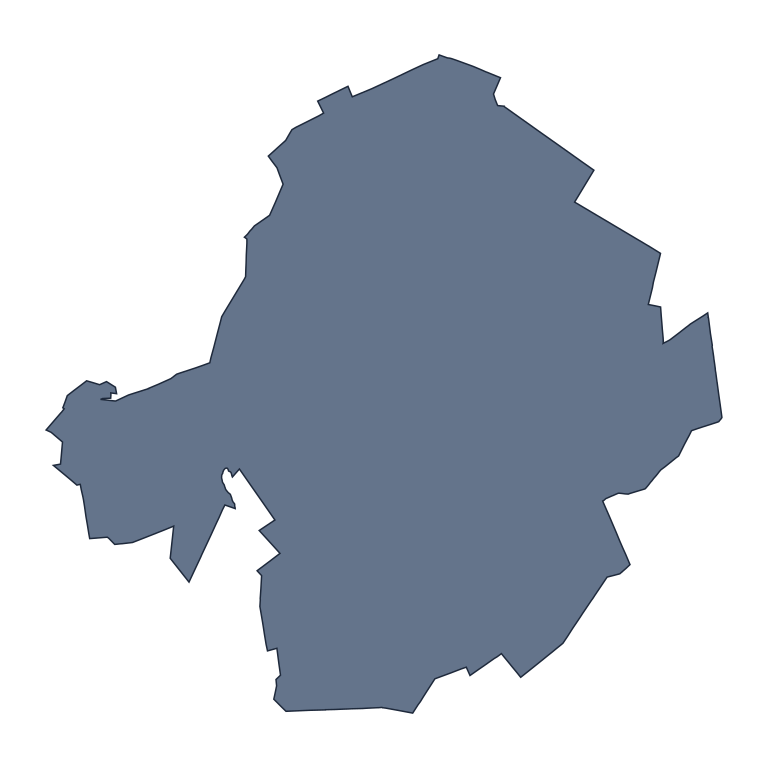 Vectilžas pag., Balvu, Latvia (Albers equal-area conic projection)
{"feature_id": "27541924B22199662205944", "entity_name": "Vectilžas pag.", "entity_type": "district", "adm_level": 2, "iso_a3": "LVA", "parent_name": "Latvia", "parent_adm1": "Balvu", "projection": "albers", "projection_center": [27.36, 56.987], "detail": "fine", "context": "isolated", "style": "filled", "palette": "slate", "viewbox_px": 768, "rotation_deg": 0, "n_neighbors": 0, "source": "geoboundaries", "source_scale": "gbopen_adm2", "svg_char_len": 5599}
<svg xmlns="http://www.w3.org/2000/svg" viewBox="0 0 768 768"><path d="M625.6,554.2L622.7,547.8L619.7,540.9L616.2,532.4L609.8,517.4L602.9,501.6L602.7,501.0L603.6,500.6L604.3,500.0L605.5,498.9L605.8,498.6L607.3,498.0L612.0,495.9L612.9,495.6L613.5,495.3L614.0,495.1L616.0,494.2L618.1,493.3L618.3,493.3L618.5,493.2L618.8,493.2L619.1,493.2L622.1,493.5L625.1,493.9L628.3,494.1L629.8,493.5L637.0,491.3L645.0,488.9L645.5,488.5L647.5,486.2L649.1,484.2L650.6,482.2L651.2,481.6L651.8,480.9L652.8,479.6L653.8,478.3L655.7,476.2L657.5,474.0L659.1,471.9L660.8,469.9L663.6,467.8L665.2,466.6L676.2,457.7L678.6,456.0L684.4,444.4L686.0,441.4L687.5,438.5L688.9,436.0L690.2,433.4L690.8,432.2L691.4,430.9L691.5,430.8L691.6,430.7L691.8,430.6L697.8,428.5L700.6,427.6L703.3,426.7L705.3,426.1L707.4,425.4L709.0,424.9L710.6,424.4L713.3,423.5L716.1,422.6L717.3,422.2L718.4,421.8L718.6,421.7L718.8,421.6L719.7,420.4L720.7,419.3L721.3,418.5L721.9,417.6L721.9,417.4L721.9,417.2L721.2,412.1L720.5,407.0L720.4,406.6L720.4,406.2L718.7,394.3L717.1,382.3L717.0,382.1L717.0,381.9L716.4,377.3L715.8,372.8L715.5,371.2L715.3,369.7L715.3,369.3L715.3,368.9L715.0,366.7L714.7,364.4L714.3,361.6L713.9,358.9L713.7,356.9L713.4,354.8L712.8,350.7L712.1,346.5L712.2,346.0L712.3,345.4L710.4,333.3L710.0,330.0L708.5,318.1L708.1,317.5L708.3,317.3L708.0,315.1L707.7,312.9L703.2,315.9L698.6,318.8L694.5,321.4L690.4,324.0L688.2,325.8L685.9,327.5L682.2,330.4L678.5,333.3L674.7,336.2L670.9,339.1L670.2,339.6L669.5,340.1L666.7,341.6L663.8,343.0L663.6,343.1L663.3,343.3L663.1,343.4L663.2,343.0L663.3,342.7L663.2,341.8L663.2,341.0L663.3,341.0L663.1,337.7L662.8,334.4L662.3,329.0L661.9,323.7L661.2,315.4L660.6,307.0L654.5,305.7L648.3,304.5L652.4,287.9L653.4,282.2L655.9,272.4L659.9,256.0L660.5,253.4L650.9,247.4L631.2,235.7L614.7,225.9L596.0,214.8L574.6,202.1L583.8,186.9L593.9,170.2L582.5,162.2L561.4,147.2L541.6,133.2L520.5,118.2L503.9,106.4L504.0,106.2L497.9,105.6L497.6,105.5L495.2,99.5L493.5,94.0L497.0,85.9L500.5,77.7L496.7,76.2L487.4,72.4L486.0,71.9L480.3,69.4L473.9,66.7L472.1,66.0L464.4,63.2L457.3,60.6L452.4,58.9L450.8,58.4L448.7,58.0L447.9,58.0L446.8,57.7L439.1,54.9L438.8,55.7L437.8,58.7L423.4,64.5L412.8,69.4L392.5,79.1L384.3,82.9L371.8,88.7L352.3,96.8L350.4,92.3L348.0,86.3L344.9,87.8L332.4,93.9L325.8,97.2L317.7,101.1L323.6,113.1L318.7,115.9L296.1,127.2L292.0,129.6L290.0,132.9L285.7,140.4L268.3,156.1L271.7,160.8L277.0,167.8L279.4,174.4L283.1,184.2L281.5,187.9L275.3,202.5L269.6,215.3L254.4,225.9L253.5,227.0L251.4,229.5L250.4,230.5L249.6,231.4L248.6,232.8L247.5,234.2L246.0,235.7L244.4,237.2L245.7,238.1L246.9,239.1L246.9,240.4L246.9,241.6L246.9,242.4L246.9,243.2L246.3,255.0L246.1,263.1L245.8,270.4L245.6,276.7L244.1,279.5L225.0,311.1L221.7,316.7L220.4,321.9L217.5,332.9L213.8,347.3L210.9,357.9L209.8,362.8L202.7,365.4L195.6,367.9L180.4,372.9L176.6,374.2L170.9,378.6L158.5,384.2L148.5,388.4L148.6,388.6L134.1,393.2L128.8,394.9L128.3,395.1L115.7,401.0L115.0,401.0L100.5,399.4L102.7,398.5L110.7,398.2L110.9,395.1L110.9,394.8L110.8,392.9L116.6,393.7L115.4,387.2L106.5,381.6L99.6,384.7L95.1,383.3L91.4,382.2L86.6,380.8L84.7,382.3L81.3,384.9L73.9,390.5L67.3,395.6L65.2,401.5L65.1,401.8L63.3,406.6L62.8,407.8L64.2,408.8L61.3,412.5L60.9,412.8L46.1,430.0L51.1,432.3L62.5,442.0L61.1,457.9L60.5,464.1L53.4,465.4L69.4,478.7L76.9,485.1L80.2,484.3L80.3,484.5L81.2,489.4L82.9,496.8L83.5,499.9L84.5,506.2L86.0,516.8L87.4,524.9L88.8,533.6L89.5,537.5L89.7,538.6L107.3,537.2L108.7,538.2L114.7,544.4L117.7,544.1L120.4,543.8L122.2,543.7L132.5,542.5L144.0,538.0L163.5,530.3L173.7,526.1L171.0,551.0L170.2,558.3L178.9,569.3L189.0,582.1L194.8,569.7L200.3,558.0L200.5,557.6L201.7,554.8L210.7,535.6L215.0,526.2L216.7,522.5L218.9,517.9L222.5,509.7L224.9,505.0L235.2,508.6L235.1,507.6L234.9,507.0L234.7,505.7L234.7,504.4L234.5,503.7L233.3,502.3L232.8,501.5L232.1,499.8L231.7,498.0L231.3,496.9L230.4,494.5L229.7,493.7L228.4,492.8L227.2,491.4L225.6,489.3L225.3,488.2L224.6,486.4L224.3,485.1L223.4,483.6L222.5,482.2L222.3,481.0L222.1,480.0L221.6,478.0L221.6,477.3L221.7,475.4L222.0,474.4L222.6,473.6L222.9,472.3L223.0,471.7L223.3,471.2L223.4,470.9L223.5,470.5L224.2,469.5L225.2,468.4L226.4,468.1L227.4,468.3L228.2,469.6L228.5,470.9L229.0,471.3L230.3,471.8L231.0,472.5L231.7,474.7L231.8,475.4L232.4,477.0L232.5,476.9L239.4,469.0L251.3,486.1L263.8,504.0L274.9,520.0L259.2,530.5L272.7,545.3L280.0,553.4L267.1,563.2L257.1,570.7L257.3,571.0L261.6,575.6L260.9,588.7L260.2,598.7L260.3,599.7L260.3,600.0L259.9,606.5L262.6,622.4L263.3,626.8L263.9,630.7L264.5,634.7L265.3,639.5L266.1,644.4L266.8,647.6L267.5,650.9L272.2,649.6L276.9,648.3L278.9,663.8L280.5,675.2L276.0,679.5L276.6,685.9L275.1,693.2L273.8,699.2L282.0,707.4L286.0,711.3L309.5,710.3L325.5,709.9L325.5,709.7L334.6,709.5L341.6,709.2L344.1,709.1L347.7,709.0L351.2,708.8L362.6,708.5L367.0,708.2L377.6,707.7L378.6,707.7L382.0,707.4L382.6,707.8L383.3,707.8L383.5,707.8L384.7,708.0L385.1,708.0L397.8,710.3L412.7,713.1L418.1,704.7L420.4,701.6L423.4,696.7L427.1,690.9L434.9,678.8L446.3,674.6L450.9,672.9L455.8,671.0L461.3,668.9L466.3,667.2L470.0,675.5L473.7,672.9L479.1,669.1L484.2,665.6L494.1,658.6L497.1,656.8L499.3,655.2L501.4,653.6L504.7,657.7L508.0,661.7L512.3,667.0L516.7,672.3L518.7,674.8L520.7,677.3L524.1,674.6L527.5,671.9L531.0,669.1L534.5,666.3L543.2,659.3L548.0,655.4L551.9,652.3L556.0,648.9L562.9,643.3L565.3,639.7L567.4,636.6L571.8,629.7L573.1,627.7L578.1,620.3L580.5,616.7L582.3,613.9L589.3,603.5L591.4,600.4L592.8,598.5L594.1,596.5L594.4,596.0L607.1,577.1L607.3,577.1L607.5,577.0L613.8,575.4L619.8,573.8L623.7,570.4L625.9,568.5L630.0,564.6L625.6,554.2Z" fill="#64748b" stroke="#1e293b" stroke-width="1.5"/></svg>